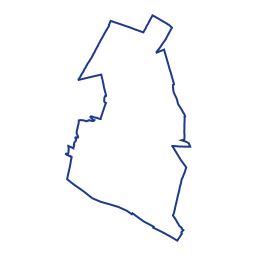 Vrata, Mehedinti, Romania
{"feature_id": "2599482B32137491350776", "entity_name": "Vrata", "entity_type": "district", "adm_level": 2, "iso_a3": "ROU", "parent_name": "Romania", "parent_adm1": "Mehedinti", "projection": "albers", "projection_center": [22.837, 44.188], "detail": "fine", "context": "isolated", "style": "outline", "palette": "blue", "viewbox_px": 256, "rotation_deg": 0, "n_neighbors": 0, "source": "geoboundaries", "source_scale": "gbopen_adm2", "svg_char_len": 5596}
<svg xmlns="http://www.w3.org/2000/svg" viewBox="0 0 256 256"><path d="M190.2,146.7L190.1,146.3L188.9,143.4L188.5,143.1L186.5,141.9L181.6,140.3L183.4,139.8L184.0,139.6L184.3,139.5L184.4,139.3L184.5,135.5L184.4,133.3L184.3,133.0L184.3,132.5L184.3,131.1L184.4,129.0L184.4,126.4L184.4,125.6L184.4,125.2L184.5,122.0L184.6,121.1L184.6,119.7L184.6,118.8L184.6,117.7L184.5,116.8L185.1,116.6L185.0,116.4L184.5,114.6L184.3,114.2L182.5,111.3L182.3,110.8L181.8,109.9L180.9,108.5L180.3,107.5L179.0,105.5L178.9,105.3L178.6,104.9L178.1,104.1L177.7,102.8L177.5,101.7L177.4,101.1L176.8,99.0L176.6,98.4L174.9,95.0L174.4,93.7L173.7,92.4L173.6,92.0L173.4,90.7L173.2,89.3L172.9,85.3L172.9,85.0L173.1,84.8L173.8,84.6L174.0,84.4L174.0,84.1L173.9,83.7L171.3,74.6L170.6,71.9L170.4,71.5L170.3,71.1L169.3,68.1L168.6,65.5L167.9,62.9L167.3,61.0L166.3,57.4L164.6,51.6L164.1,49.6L156.7,52.6L156.5,52.1L160.1,47.4L162.7,43.4L164.4,41.2L165.9,39.0L166.3,38.3L167.0,36.7L168.2,34.5L170.3,30.6L172.0,27.7L168.9,24.8L168.6,24.6L167.5,24.3L167.2,23.8L167.1,23.7L162.5,21.1L160.3,19.8L157.5,18.1L156.8,17.8L155.7,17.1L155.2,16.7L154.7,16.6L153.9,16.1L152.5,15.4L151.3,17.7L150.9,18.3L150.4,19.4L149.7,20.4L149.2,21.5L148.9,21.9L148.8,22.0L148.7,22.6L148.4,23.1L148.0,23.9L147.5,24.6L146.8,25.7L146.3,26.8L146.0,27.4L145.8,28.2L145.7,28.3L144.6,30.0L144.4,30.5L143.8,31.5L143.4,32.4L143.2,32.4L141.1,31.6L140.4,31.3L137.8,30.4L137.3,30.2L134.6,29.3L133.2,28.7L129.3,27.2L124.8,25.7L115.8,22.6L115.2,22.5L113.0,21.7L110.7,20.9L110.2,21.9L109.5,23.8L108.9,24.8L109.1,25.0L109.1,25.6L108.8,26.2L108.7,26.5L108.5,26.8L107.4,28.5L107.1,29.1L106.7,29.6L105.6,31.5L105.3,32.2L104.6,33.3L104.4,33.6L103.9,34.7L103.6,35.2L102.4,37.3L102.1,38.0L101.6,38.7L101.1,39.6L98.0,45.4L97.8,46.0L96.6,48.0L96.5,48.4L96.2,48.8L95.1,50.8L95.0,51.1L94.5,52.3L94.1,52.9L93.5,53.8L93.2,54.1L93.2,54.3L93.0,54.7L92.9,55.2L92.5,55.8L92.0,56.8L91.2,58.3L90.1,59.8L89.4,61.1L89.2,61.3L88.9,61.8L88.5,62.5L88.1,62.9L87.9,63.2L87.6,63.6L87.4,64.1L87.0,64.7L86.9,65.2L86.2,66.1L86.1,66.5L85.7,67.2L85.5,67.6L84.5,69.1L84.2,69.7L84.1,70.3L83.3,71.6L83.3,71.8L83.1,72.1L82.8,72.4L82.2,73.3L82.1,73.5L81.6,74.1L81.2,75.1L80.5,76.4L80.2,76.8L79.2,78.6L78.8,79.0L78.5,79.3L78.7,79.9L88.6,77.5L97.3,75.5L101.2,74.6L101.3,74.6L101.4,75.1L101.6,76.1L101.8,77.2L102.7,80.6L102.9,82.2L103.5,84.2L103.7,86.2L104.2,88.1L104.3,88.7L105.1,91.5L105.4,92.9L105.8,94.2L106.0,95.5L106.1,96.0L105.9,96.2L105.1,96.1L105.0,96.3L104.8,96.6L104.4,97.7L104.3,98.7L104.3,99.2L104.2,101.3L104.2,101.5L104.7,101.9L104.8,102.2L105.0,102.5L105.6,102.8L105.8,102.9L106.0,103.0L105.9,103.4L105.5,104.0L105.1,105.1L104.9,105.8L104.2,107.7L101.1,117.0L100.5,118.8L100.6,119.0L100.4,119.1L97.2,118.1L96.7,117.7L96.3,117.8L95.6,117.7L95.3,117.7L93.4,117.0L91.6,116.4L90.8,116.4L90.4,116.8L90.4,117.0L90.6,117.4L92.2,118.8L92.8,119.5L93.5,120.0L94.1,120.1L94.4,120.2L94.2,120.5L93.8,120.8L93.3,121.0L92.9,121.1L90.7,120.7L89.3,120.1L89.0,120.2L88.5,120.6L87.5,120.7L87.0,121.2L86.8,121.3L86.3,121.2L84.5,120.6L82.3,120.2L80.2,120.1L79.6,120.3L79.1,120.3L78.8,120.4L78.7,121.7L78.7,122.0L78.7,122.7L78.7,123.1L78.5,123.6L78.3,124.6L78.2,124.9L78.0,125.7L77.8,126.6L77.6,127.0L77.6,127.5L77.7,127.9L77.6,128.2L77.5,128.3L77.3,129.0L77.0,129.9L76.8,130.9L76.7,131.3L76.7,131.8L76.7,132.4L76.7,132.6L76.6,133.0L76.6,133.5L76.7,133.8L77.0,134.2L77.3,134.8L77.4,135.2L77.6,135.6L77.8,135.9L78.0,136.5L78.1,136.9L78.0,137.5L77.9,137.5L76.9,137.5L75.8,137.3L75.6,137.3L75.4,137.5L75.4,138.1L75.6,138.8L75.9,139.2L76.1,139.4L76.2,139.8L76.1,140.1L75.8,140.6L75.6,140.9L75.5,141.3L75.0,141.8L74.7,142.0L74.3,142.6L74.2,143.1L74.1,143.5L73.9,144.3L74.0,144.7L74.2,144.9L74.1,145.5L73.9,145.6L73.9,145.9L73.8,146.6L73.6,147.3L73.6,147.5L73.3,148.0L73.3,148.3L72.0,147.6L71.1,147.2L69.4,146.4L68.3,145.9L68.3,146.6L68.4,147.0L68.7,148.7L68.7,149.4L68.5,151.0L68.5,152.4L68.4,152.8L68.0,153.5L67.9,153.6L67.1,153.6L66.3,153.6L66.0,153.7L65.9,153.8L65.8,154.0L66.2,154.3L66.9,154.8L67.0,154.9L67.2,155.1L67.4,155.1L67.7,155.2L68.0,155.3L68.1,155.2L68.4,155.3L69.0,155.8L69.3,155.7L70.6,156.3L70.4,156.4L70.4,156.5L70.8,156.9L71.0,156.9L71.6,157.4L71.5,158.3L71.0,159.9L70.9,160.4L70.9,160.7L70.8,161.8L70.6,162.3L70.4,163.9L69.7,167.3L69.4,168.8L69.2,169.6L67.1,179.2L73.8,184.5L83.8,191.5L92.2,198.2L100.7,201.8L109.6,204.3L118.5,207.0L127.1,210.9L131.8,214.3L132.5,213.3L143.6,221.4L153.7,226.7L153.2,227.7L161.9,231.9L170.0,236.3L177.3,240.6L181.6,234.1L181.5,233.8L181.8,233.5L181.8,233.2L181.4,232.3L181.4,232.1L182.2,231.4L182.5,231.1L183.4,230.1L182.0,229.0L181.7,228.8L181.7,228.1L181.6,227.8L179.8,226.3L179.2,225.6L178.4,224.2L178.2,223.8L177.6,222.9L176.7,221.3L175.9,219.9L175.2,218.7L173.7,216.5L172.9,215.5L173.9,213.1L174.9,208.9L175.0,208.6L175.0,208.2L175.1,207.9L175.1,207.6L175.3,207.0L175.5,206.3L175.6,205.5L175.7,205.0L176.4,202.5L176.5,201.8L176.6,201.4L176.9,200.0L177.2,198.7L177.3,198.3L177.4,198.0L177.5,197.2L177.7,196.3L178.1,194.8L178.4,193.6L178.7,192.7L178.7,192.4L178.8,192.0L179.1,191.2L179.2,190.5L179.4,189.7L179.4,189.1L179.5,188.9L179.6,188.5L179.8,187.4L179.9,186.8L180.3,185.4L180.6,184.6L180.9,183.7L181.0,183.1L181.1,182.7L181.1,182.4L181.1,182.0L181.4,181.0L181.6,179.9L181.7,179.2L181.8,178.9L182.4,178.0L183.2,176.0L183.5,175.2L183.6,174.8L184.5,173.0L185.0,171.4L185.2,170.6L185.6,169.6L185.8,168.5L186.2,167.4L186.1,167.2L180.9,160.1L178.2,155.7L177.4,154.3L175.8,151.7L173.2,147.4L172.3,146.1L172.5,146.0L173.1,146.0L176.4,146.2L177.1,146.3L179.0,146.5L181.1,146.5L183.1,146.6L184.1,146.7L186.2,146.6L190.2,146.7Z" fill="none" stroke="#1e3a8a" stroke-width="2"/></svg>